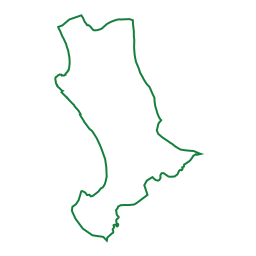 outline of Kota Bengkulu, Bengkulu, Indonesia
{"feature_id": "22746128B322693337562", "entity_name": "Kota Bengkulu", "entity_type": "district", "adm_level": 2, "iso_a3": "IDN", "parent_name": "Indonesia", "parent_adm1": "Bengkulu", "projection": "robinson", "projection_center": [102.302, -3.836], "detail": "fine", "context": "isolated", "style": "outline", "palette": "green", "viewbox_px": 256, "rotation_deg": 0, "n_neighbors": 0, "source": "geoboundaries", "source_scale": "gbopen_adm2", "svg_char_len": 5091}
<svg xmlns="http://www.w3.org/2000/svg" viewBox="0 0 256 256"><path d="M58.2,27.0L58.9,28.9L59.7,30.2L60.1,30.9L61.0,33.2L62.0,35.6L62.5,36.7L63.8,39.0L64.5,40.6L65.0,41.7L65.8,43.3L66.0,43.7L66.3,44.8L66.6,45.8L66.8,46.7L67.5,48.7L67.8,49.5L68.0,50.0L68.2,50.6L68.3,51.5L68.5,52.3L68.6,53.0L68.7,53.7L68.9,54.7L69.0,55.5L69.1,55.9L69.2,56.6L69.3,57.0L69.4,57.3L69.5,58.3L69.5,59.0L69.5,59.6L69.6,60.3L69.6,60.9L69.6,61.9L69.6,62.3L69.6,62.6L69.6,63.1L69.6,64.2L69.5,64.8L69.4,65.8L69.3,66.6L69.2,67.2L69.1,67.9L69.0,68.4L68.8,69.0L68.6,69.7L68.5,70.3L68.4,70.6L68.0,70.6L67.5,71.6L67.4,71.9L67.3,72.0L66.5,72.8L65.4,74.0L65.5,74.8L65.2,74.9L64.4,75.2L63.9,75.6L63.4,75.5L62.7,75.3L62.2,75.3L61.8,75.4L61.8,75.5L61.7,75.5L61.5,75.2L61.4,74.9L61.2,75.0L61.0,74.8L60.8,74.7L60.2,74.5L59.7,74.5L58.9,74.9L58.1,75.3L57.1,76.0L57.1,75.9L57.1,76.0L57.1,76.3L56.6,76.7L56.5,76.8L56.3,76.8L56.0,77.0L55.7,77.3L55.5,77.6L55.5,77.8L55.4,78.3L55.3,78.9L55.7,81.2L55.8,81.6L55.9,83.0L56.0,83.2L56.5,84.3L56.9,85.2L57.0,85.5L57.2,85.4L57.5,86.1L58.0,86.9L58.1,87.0L58.9,87.7L59.2,87.9L60.4,89.1L61.3,90.0L61.9,90.6L62.4,91.1L62.5,91.1L61.5,92.3L62.8,93.6L65.0,95.7L66.3,97.1L67.7,98.6L68.0,98.8L68.0,98.7L69.1,100.0L69.4,100.4L70.2,101.2L72.8,103.9L73.6,104.6L74.0,105.0L74.7,106.1L74.8,106.0L74.6,106.2L77.0,109.0L77.7,109.7L78.3,110.5L78.5,110.7L80.6,114.2L79.9,114.7L80.5,115.7L83.8,120.9L83.8,121.2L85.5,123.6L85.7,123.8L87.9,126.8L89.4,128.8L89.6,129.0L92.2,131.1L93.8,133.6L95.4,136.1L97.0,138.7L97.6,140.1L98.7,142.4L99.8,144.8L101.1,147.9L102.1,150.6L103.4,154.2L104.0,155.9L105.1,158.9L105.3,160.2L105.7,163.1L106.3,167.0L106.4,169.4L106.5,172.7L106.7,175.7L106.7,176.5L106.2,178.7L105.7,181.2L104.9,183.9L103.9,185.8L102.7,187.4L100.9,188.4L99.5,190.1L98.3,191.6L96.5,193.1L95.4,193.9L92.5,196.1L90.7,196.3L89.4,194.7L88.4,194.9L87.1,195.1L85.3,192.7L84.4,192.1L82.7,191.2L81.4,191.2L80.9,192.4L80.4,194.5L79.7,196.7L79.2,198.2L78.6,200.2L77.0,202.6L76.0,204.2L74.2,205.5L72.4,206.8L72.1,209.1L71.9,210.8L72.8,212.9L75.6,218.9L82.8,228.6L92.4,235.3L103.3,236.9L106.8,240.6L107.4,237.5L112.2,233.2L112.7,233.0L112.9,232.9L113.0,232.8L113.1,232.7L113.2,232.4L113.3,232.2L113.3,231.9L113.3,231.6L113.2,231.2L113.1,230.8L112.7,229.7L112.7,229.3L112.7,229.2L112.8,229.0L113.1,228.7L113.5,228.3L113.7,227.9L113.9,227.6L114.0,227.3L114.0,227.0L114.0,226.8L113.9,226.6L113.7,226.0L113.6,225.6L113.5,225.3L113.6,225.2L114.0,224.9L114.5,224.8L114.8,224.7L115.2,224.7L115.4,224.8L115.6,224.8L115.8,224.9L115.9,225.0L116.0,225.2L116.4,225.8L116.5,226.0L116.9,226.4L117.0,226.4L117.3,226.4L117.6,226.2L117.8,226.0L117.9,225.9L118.1,225.3L118.2,224.7L118.2,224.4L118.1,224.2L117.9,223.9L117.3,223.8L117.1,223.8L116.9,223.6L116.8,223.4L116.7,223.2L116.6,222.9L116.3,221.6L116.2,221.4L116.2,221.2L116.3,220.6L116.3,220.3L116.3,220.1L116.4,219.8L116.6,219.6L116.8,219.3L117.0,219.1L117.7,218.6L117.8,218.5L118.0,218.3L118.2,218.0L118.5,217.7L118.6,217.3L118.7,217.1L118.6,216.7L118.4,216.5L118.2,216.4L117.9,216.1L117.6,215.8L117.4,215.6L117.2,215.3L117.1,215.1L116.9,214.7L116.8,214.4L116.7,214.2L116.4,212.2L116.2,210.8L116.1,210.6L116.0,210.3L116.2,210.2L116.7,209.3L116.9,209.1L117.2,208.8L117.2,208.7L117.5,208.3L117.6,208.2L117.8,207.6L117.9,207.2L118.0,206.7L120.7,205.2L124.6,205.0L128.3,205.1L133.2,204.6L133.9,204.6L135.6,203.7L137.5,202.4L147.5,194.9L144.3,185.2L146.7,180.8L146.9,180.5L149.9,178.7L152.4,177.1L152.6,177.2L153.5,178.3L155.0,179.5L155.4,179.8L156.3,180.2L157.1,180.4L158.1,180.6L158.6,180.4L159.3,180.0L160.5,178.0L160.3,175.5L161.5,173.3L163.5,173.1L166.1,174.9L168.4,176.5L170.4,176.8L174.6,176.5L177.5,174.3L179.0,170.9L180.4,169.8L180.5,169.8L181.7,170.2L182.6,168.8L182.2,167.4L183.9,166.6L184.1,164.6L185.0,164.1L186.1,163.4L189.0,161.4L190.2,160.4L191.0,159.3L191.7,158.4L193.5,155.6L195.6,154.5L195.8,154.3L196.9,154.8L200.7,153.9L199.8,153.6L193.6,151.0L190.6,150.8L186.2,150.4L183.3,150.0L180.4,149.5L175.5,146.6L172.4,144.1L171.6,143.5L170.6,143.0L166.9,140.4L165.2,139.3L162.0,137.1L158.2,133.8L156.8,130.4L158.1,125.1L158.7,123.1L161.1,120.4L161.2,120.2L160.8,119.8L159.2,117.7L157.4,113.4L156.5,110.2L155.3,106.2L155.2,105.9L154.8,103.0L154.6,101.5L154.4,97.7L152.4,93.6L150.6,89.4L149.6,87.2L149.3,86.7L148.0,85.4L147.1,84.5L145.9,82.8L143.7,79.3L142.3,76.5L140.4,73.3L139.8,71.7L139.3,70.0L138.7,68.3L138.5,67.8L137.3,64.9L136.9,64.1L136.1,62.1L135.2,58.1L134.6,54.4L134.5,52.6L134.3,50.7L134.1,47.4L134.2,43.2L134.3,39.9L133.9,37.0L133.8,33.8L133.9,31.6L133.4,27.9L133.2,25.7L133.0,24.2L132.8,20.2L129.3,19.1L124.7,19.3L124.4,19.3L120.9,19.5L120.7,19.5L120.5,19.4L119.7,19.3L118.1,19.5L116.7,19.8L116.0,20.0L115.3,20.2L113.1,21.0L111.3,21.7L108.5,23.1L107.6,23.6L106.7,24.2L105.8,25.0L104.9,25.8L104.0,26.6L103.0,27.5L102.9,27.6L102.2,28.2L101.4,28.8L100.0,29.3L99.1,29.6L98.4,29.8L97.1,30.2L96.1,30.2L95.2,30.3L94.4,30.3L93.4,30.1L92.7,29.4L91.8,28.4L90.9,27.2L89.8,26.0L88.2,25.1L87.1,25.2L86.5,24.1L84.6,21.7L83.0,17.9L81.5,15.6L81.4,15.6L81.3,15.4L80.6,15.6L69.3,19.5L63.1,24.8L62.6,25.3L59.9,26.3L58.2,27.0Z" fill="none" stroke="#15803d" stroke-width="2"/></svg>